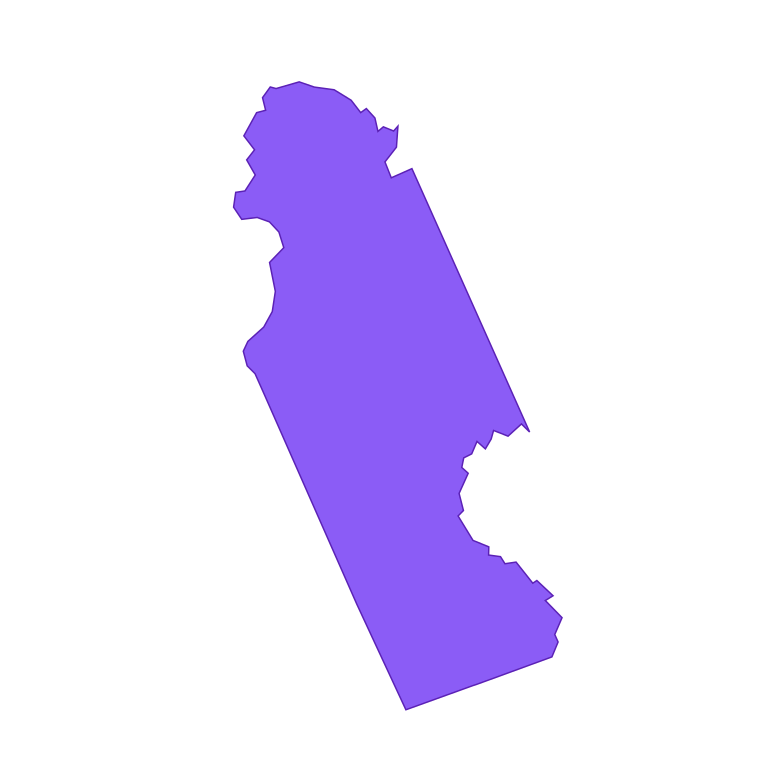 outline of Columbia, Florida, United States of America, rotated 156°
{"feature_id": "52423323B5286931917033", "entity_name": "Columbia", "entity_type": "district", "adm_level": 2, "iso_a3": "USA", "parent_name": "United States of America", "parent_adm1": "Florida", "projection": "natural_earth1", "projection_center": [-82.645, 30.212], "detail": "fine", "context": "isolated", "style": "filled", "palette": "violet", "viewbox_px": 768, "rotation_deg": 156, "n_neighbors": 0, "source": "geoboundaries", "source_scale": "gbopen_adm2", "svg_char_len": 1106}
<svg xmlns="http://www.w3.org/2000/svg" viewBox="0 0 768 768"><g transform="rotate(156 384 384)"><path d="M412.7,71.3L341.6,66.4L329.9,77.5L329.9,85.7L316.4,98.1L324.7,120.6L315.7,121.8L324.3,142.3L329.1,141.5L335.8,167.6L346.6,170.6L347.8,178.9L358.0,185.2L354.5,192.6L366.3,204.9L370.0,233.3L362.9,236.1L359.9,253.5L343.4,268.2L346.9,276.1L341.2,284.1L332.3,284.5L322.4,293.7L317.8,283.5L308.5,290.1L302.8,297.0L291.9,285.9L274.7,291.6L270.5,280.9L270.9,569.4L293.5,569.4L292.8,586.5L276.3,595.3L266.4,613.9L272.3,611.2L280.0,619.2L286.8,617.2L284.1,630.7L288.1,642.8L294.9,641.4L298.6,656.6L309.9,673.1L326.9,683.6L338.6,694.5L362.4,697.8L367.1,701.6L378.5,695.0L380.8,682.2L390.0,683.7L411.1,667.7L407.0,650.6L418.3,644.6L416.6,627.3L432.5,616.9L441.5,619.4L449.5,606.7L447.0,592.3L432.1,587.7L422.7,578.7L418.2,565.6L420.1,549.3L439.1,541.6L445.6,512.8L456.6,495.6L470.7,484.9L491.0,478.3L499.2,471.2L501.6,456.2L497.6,445.9L497.6,422.7L498.4,193.9L496.5,77.5L452.5,74.3L444.9,73.7L438.9,73.3L433.5,72.9L425.1,72.3L422.6,72.0L412.7,71.3Z" fill="#8b5cf6" stroke="#5b21b6" stroke-width="1.5"/></g></svg>